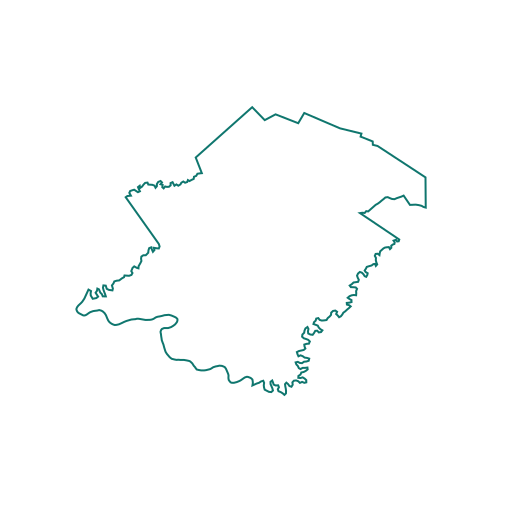 the district of Guaraní, Misiones, Argentina, rotated 68°
{"feature_id": "61730980B47619048230809", "entity_name": "Guaraní", "entity_type": "district", "adm_level": 2, "iso_a3": "ARG", "parent_name": "Argentina", "parent_adm1": "Misiones", "projection": "natural_earth1", "projection_center": [-54.171, -27.044], "detail": "fine", "context": "isolated", "style": "outline", "palette": "teal", "viewbox_px": 512, "rotation_deg": 68, "n_neighbors": 0, "source": "geoboundaries", "source_scale": "gbopen_adm2", "svg_char_len": 6156}
<svg xmlns="http://www.w3.org/2000/svg" viewBox="0 0 512 512"><g transform="rotate(68 256 256)"><path d="M116.6,203.8L142.1,275.0L158.9,275.2L158.3,277.3L157.8,279.5L159.3,281.4L159.3,283.8L161.2,284.9L161.3,287.2L161.6,289.6L160.1,290.7L161.6,292.0L161.5,294.3L159.7,295.5L160.1,297.8L161.3,299.2L161.7,301.7L159.8,303.0L160.3,305.3L156.3,305.7L156.4,307.9L158.5,308.7L159.2,310.8L158.5,312.8L157.5,314.2L158.7,316.3L157.1,317.1L155.1,315.9L153.7,317.6L152.6,315.6L150.7,316.4L150.7,318.9L152.1,320.9L154.2,321.8L155.1,323.6L152.8,323.7L151.2,325.4L149.4,329.1L147.3,329.1L146.7,331.4L147.7,333.6L149.0,335.7L149.5,337.9L147.3,337.5L147.9,339.6L150.1,339.6L152.5,339.4L152.6,341.6L148.9,344.1L148.7,346.1L148.6,348.3L150.0,349.8L153.2,349.4L152.2,352.8L152.7,354.8L208.4,341.6L211.0,341.8L212.6,343.3L211.7,345.1L210.1,347.7L212.4,347.9L213.5,350.0L211.0,350.1L208.7,350.0L208.7,352.1L210.5,353.6L212.6,354.7L214.0,357.9L213.1,360.2L213.6,362.5L215.5,363.6L217.7,364.1L219.3,365.9L221.5,368.7L223.4,369.6L222.3,371.0L220.0,372.8L220.8,374.9L223.3,377.3L225.5,376.9L226.9,378.6L226.8,381.1L224.8,385.2L226.2,386.3L226.5,388.7L227.4,392.0L226.7,394.4L226.5,396.9L228.1,398.5L229.3,400.6L232.6,400.9L234.1,402.0L232.3,405.1L230.5,406.7L227.2,406.4L226.1,408.5L228.1,409.8L230.4,410.1L232.6,410.2L234.9,410.2L237.2,410.4L236.0,413.2L233.7,413.2L231.5,414.1L228.1,414.1L226.8,415.3L228.7,416.5L230.0,418.5L234.5,417.6L235.2,419.8L234.5,423.4L230.7,424.0L228.6,423.3L226.7,422.1L224.4,423.9L231.2,431.1L233.3,434.2L234.1,435.9L235.4,439.3L236.5,441.1L237.6,442.2L238.5,442.6L239.4,442.6L240.2,442.6L241.5,442.3L242.7,441.6L246.3,438.5L246.8,437.6L247.0,436.6L247.0,435.8L246.9,435.0L246.2,432.1L246.0,430.9L246.0,429.6L246.1,427.6L246.5,425.9L247.1,423.7L247.4,421.6L248.7,419.9L249.9,418.9L252.2,417.8L254.7,417.3L257.9,417.3L260.2,417.2L261.7,416.9L263.3,416.2L264.8,415.2L266.1,414.0L267.1,412.8L267.6,411.1L268.0,408.7L267.9,405.8L267.7,402.7L267.7,400.5L268.2,395.4L268.8,393.3L269.4,391.4L269.5,390.2L269.9,389.0L270.6,387.7L273.9,382.4L275.3,378.7L275.7,377.3L275.9,376.0L275.9,374.6L275.7,373.5L275.4,372.1L275.4,370.6L275.6,369.3L275.9,368.1L276.3,365.8L276.6,363.0L277.9,358.8L279.5,356.7L281.5,354.7L282.9,353.4L284.3,352.7L285.1,352.5L286.2,352.9L287.4,353.8L288.1,354.8L289.1,356.6L289.7,358.8L290.1,361.3L290.0,363.1L289.9,364.4L289.6,365.2L288.4,368.2L288.4,369.3L288.4,370.5L289.0,371.6L290.3,372.8L291.5,373.2L292.5,373.3L295.0,374.0L296.8,374.4L298.8,374.9L301.4,375.0L303.4,375.0L306.5,375.4L310.3,375.7L311.2,375.7L313.4,375.3L317.3,374.0L318.5,373.4L319.8,372.6L320.8,371.2L321.6,370.1L322.6,368.5L323.0,367.1L324.0,365.1L325.4,361.7L326.9,359.3L328.2,357.4L329.1,356.5L331.7,355.3L332.8,355.1L334.5,354.8L336.7,354.0L337.3,354.0L338.2,353.7L339.0,353.5L340.1,352.0L341.6,349.6L342.6,347.1L343.1,345.2L343.6,341.7L343.7,340.6L343.4,338.8L343.1,337.3L343.3,334.6L343.6,333.3L344.0,330.9L345.1,328.8L346.1,327.7L347.3,326.6L349.2,326.1L353.5,326.0L355.1,326.0L356.4,326.2L358.6,327.2L359.6,327.5L360.8,327.7L362.1,327.4L363.6,326.9L364.3,326.2L364.9,325.0L365.3,323.9L365.7,321.1L365.7,318.7L365.6,317.1L365.3,315.7L364.7,313.2L364.4,311.6L364.6,309.6L365.3,308.5L366.9,306.8L367.8,306.2L369.2,305.6L371.0,306.0L372.6,306.5L374.7,307.8L374.5,303.1L374.7,300.7L374.2,298.3L374.4,296.0L376.7,296.0L378.7,297.2L380.9,297.8L383.2,298.0L386.8,294.9L387.9,292.8L387.1,290.7L384.8,290.4L380.2,290.5L378.1,289.7L377.5,287.6L379.6,287.6L381.8,287.8L383.4,286.3L384.2,283.9L386.3,283.9L387.7,285.7L389.8,285.8L391.4,284.1L393.3,282.7L395.4,281.7L394.6,279.7L392.4,278.7L390.2,278.1L388.0,277.7L385.7,277.1L384.8,275.3L386.9,274.2L389.1,273.7L390.5,272.1L389.1,270.2L386.8,269.6L385.8,267.6L386.4,265.4L388.0,263.7L390.1,262.8L390.0,260.4L391.7,258.7L392.0,256.7L389.9,255.9L387.9,256.8L386.0,258.2L385.8,260.5L384.8,262.4L383.1,261.6L382.6,259.2L381.0,257.6L381.4,255.3L381.2,253.0L380.5,250.6L378.7,250.1L378.1,252.5L377.2,254.7L377.5,257.1L376.0,258.3L373.7,258.4L371.6,259.2L369.5,259.1L369.8,256.9L371.6,255.4L372.6,253.5L372.0,251.1L372.7,248.8L372.9,246.4L371.1,245.1L369.6,246.9L368.4,249.0L366.4,250.2L364.8,251.9L364.9,254.2L362.7,254.3L360.4,254.1L360.2,251.8L360.6,249.4L361.0,247.0L360.3,244.9L358.0,244.9L356.2,244.4L356.4,241.9L357.1,239.8L355.4,238.1L353.3,239.0L351.7,240.7L350.2,242.5L348.1,243.5L346.2,242.4L345.2,240.1L343.4,239.0L341.7,237.3L341.1,234.9L343.3,234.7L345.2,236.0L347.4,236.6L349.1,235.1L350.3,233.0L349.1,231.0L347.6,229.1L348.2,227.2L350.4,226.4L350.9,224.2L349.8,222.3L348.0,223.7L345.9,224.6L343.7,224.8L342.1,226.5L340.6,228.2L339.1,227.0L338.3,224.9L336.6,223.6L336.9,221.5L339.1,220.9L340.5,219.2L341.2,217.0L341.8,214.6L340.4,212.7L339.7,210.4L338.7,208.5L336.7,207.5L335.8,205.2L336.3,202.9L338.1,201.7L339.8,203.4L341.8,202.5L343.9,201.9L343.7,199.9L342.6,197.9L341.3,196.3L340.7,193.9L339.8,191.6L339.1,189.3L338.2,187.1L336.6,188.0L335.1,189.9L333.5,189.4L334.2,187.0L334.5,184.7L332.6,184.0L330.8,185.5L329.1,186.6L328.3,184.3L328.3,182.0L328.8,179.9L329.9,177.9L328.1,177.0L326.0,176.3L324.3,174.6L322.5,175.3L321.4,177.5L320.4,179.7L318.5,180.2L318.0,177.7L317.1,175.5L318.2,171.0L316.6,169.6L314.4,169.8L312.1,169.7L310.5,168.0L309.7,165.7L311.1,164.1L313.2,163.2L315.4,162.8L316.6,161.6L315.3,159.9L313.8,158.9L312.0,160.3L310.2,160.7L308.9,158.8L307.6,157.4L307.8,154.9L308.1,152.4L307.5,150.2L307.9,148.6L310.1,148.6L309.2,146.8L307.0,146.8L304.8,146.5L302.7,145.5L300.4,145.8L298.9,144.3L299.5,142.3L301.4,141.2L299.7,140.2L298.2,139.1L296.7,135.0L296.5,133.2L296.9,131.5L297.5,129.5L299.8,129.2L299.1,127.5L297.1,126.7L296.6,124.8L296.7,123.2L295.3,122.3L293.3,122.7L293.4,120.2L295.4,119.7L295.8,118.2L294.4,117.0L255.2,143.5L255.7,141.3L256.8,139.1L255.7,137.0L256.7,135.3L253.4,125.9L253.1,123.5L252.5,121.1L251.7,118.8L251.0,116.4L250.2,114.1L250.8,111.8L252.5,110.2L254.1,108.5L255.2,106.3L255.1,103.8L255.4,98.9L255.3,96.5L266.3,94.1L268.2,88.7L269.8,86.0L271.5,83.7L273.3,82.3L274.7,80.5L246.6,69.4L199.5,102.1L196.7,106.0L193.5,104.9L184.5,114.3L182.0,112.4L169.1,130.3L141.5,157.7L148.7,167.1L132.0,184.8L133.3,197.0L116.6,203.8Z" fill="none" stroke="#0f766e" stroke-width="2"/></g></svg>